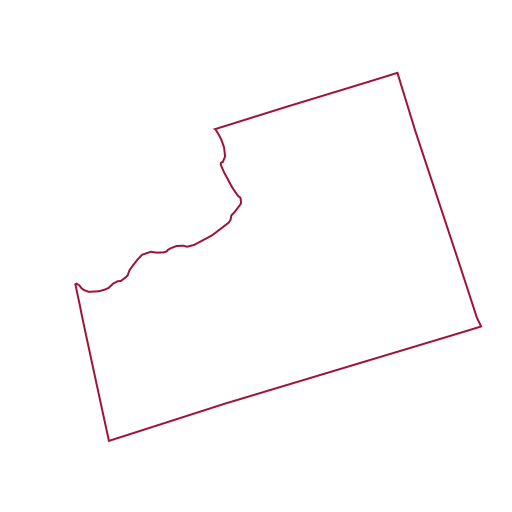 Baker, Florida, United States of America (Equal Earth projection), rotated 253°
{"feature_id": "52423323B7766336727769", "entity_name": "Baker", "entity_type": "district", "adm_level": 2, "iso_a3": "USA", "parent_name": "United States of America", "parent_adm1": "Florida", "projection": "equal_earth", "projection_center": [-82.214, 30.36], "detail": "fine", "context": "isolated", "style": "outline", "palette": "rose", "viewbox_px": 512, "rotation_deg": 253, "n_neighbors": 0, "source": "geoboundaries", "source_scale": "gbopen_adm2", "svg_char_len": 955}
<svg xmlns="http://www.w3.org/2000/svg" viewBox="0 0 512 512"><g transform="rotate(253 256 256)"><path d="M122.2,61.3L123.9,184.3L122.8,426.2L122.8,450.7L132.4,449.2L187.4,448.2L328.9,444.9L389.8,444.8L389.7,406.7L389.8,331.5L389.3,254.1L389.2,254.2L382.7,255.9L377.2,256.9L369.0,257.2L360.1,255.5L355.5,251.6L355.7,250.5L355.0,249.4L353.5,249.0L346.0,249.8L328.4,253.3L318.8,256.3L316.4,258.1L314.1,257.9L311.0,257.1L310.0,256.3L304.5,248.7L302.0,244.3L298.1,242.3L296.0,239.9L288.7,220.3L284.7,200.1L285.0,192.9L287.2,189.2L288.8,182.8L288.3,176.4L287.5,173.2L286.5,172.0L286.4,168.9L288.4,161.6L290.8,156.7L290.5,147.4L287.2,141.6L283.0,135.6L279.4,130.9L275.1,127.7L273.9,125.6L271.6,119.5L272.3,116.4L271.4,111.3L268.6,105.8L268.1,102.2L268.2,95.6L270.6,85.7L273.7,81.5L276.4,79.6L279.3,78.6L282.0,76.4L281.8,75.0L258.9,73.0L253.6,72.4L234.5,70.7L177.5,65.9L148.8,63.5L122.3,61.3L122.2,61.3Z" fill="none" stroke="#9f1239" stroke-width="2"/></g></svg>